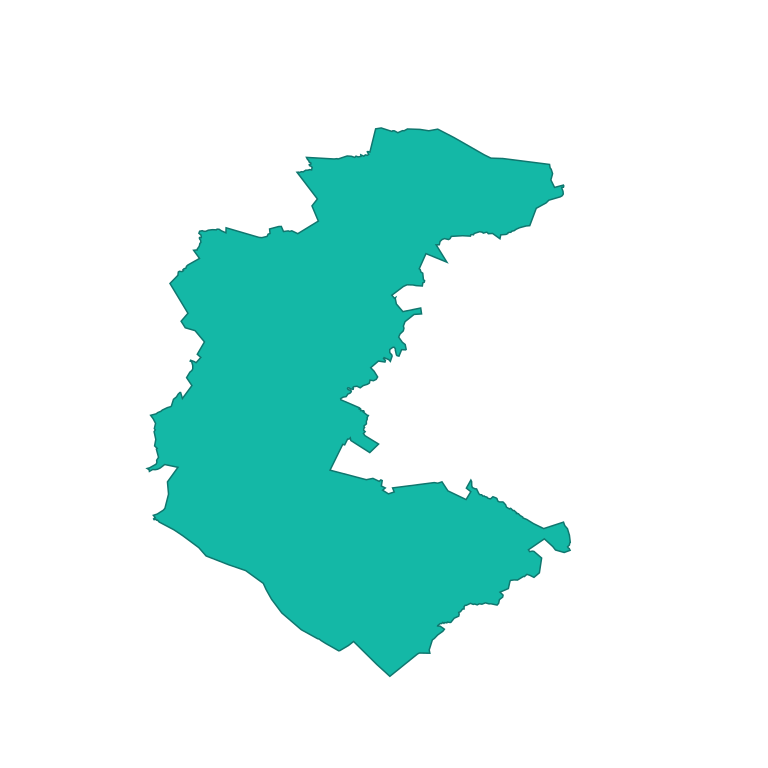 the district of Santa María del Río, San Luis Potosí, Mexico, rotated 293°
{"feature_id": "50627088B88756295240555", "entity_name": "Santa María del Río", "entity_type": "district", "adm_level": 2, "iso_a3": "MEX", "parent_name": "Mexico", "parent_adm1": "San Luis Potosí", "projection": "equal_earth", "projection_center": [-100.523, 21.735], "detail": "fine", "context": "isolated", "style": "filled", "palette": "teal", "viewbox_px": 768, "rotation_deg": 293, "n_neighbors": 0, "source": "geoboundaries", "source_scale": "gbopen_adm2", "svg_char_len": 6171}
<svg xmlns="http://www.w3.org/2000/svg" viewBox="0 0 768 768"><g transform="rotate(293 384 384)"><path d="M117.2,503.6L148.7,520.4L150.2,521.7L154.1,531.4L156.9,529.5L167.3,528.5L169.5,529.8L173.8,531.4L179.7,534.9L181.9,535.4L183.0,530.4L182.2,527.9L182.6,527.8L185.4,529.3L186.0,530.7L187.5,531.3L187.1,532.7L188.1,533.0L188.7,535.2L189.6,535.3L190.3,538.1L190.8,538.7L195.8,540.1L199.5,543.5L201.6,543.1L202.9,542.0L204.3,543.4L207.5,544.2L208.2,545.6L210.4,544.7L211.9,545.1L212.5,546.3L215.9,549.3L216.0,552.3L216.9,553.4L217.1,556.1L218.9,557.6L219.6,560.2L222.2,562.9L222.6,566.4L223.5,568.4L224.7,574.5L226.9,575.2L230.6,574.5L234.2,576.5L236.2,576.1L237.7,572.1L244.3,578.4L251.8,577.0L252.7,577.3L254.5,580.3L255.7,583.5L261.3,587.5L261.6,588.5L264.6,589.9L264.9,592.9L264.6,597.6L270.9,600.8L285.4,597.1L288.5,587.4L288.1,585.8L286.6,583.6L287.8,581.7L304.1,592.1L300.3,602.9L298.2,606.7L299.3,615.7L303.6,620.3L304.9,618.8L305.2,617.5L305.9,616.6L308.2,617.6L310.0,617.1L310.9,617.4L317.2,613.8L322.5,609.4L324.3,605.7L327.0,603.2L313.3,587.5L313.9,576.1L315.1,568.3L315.0,564.4L315.7,563.7L316.2,560.5L317.1,558.4L316.6,556.6L317.2,556.6L318.4,553.1L317.9,552.1L319.0,549.5L318.9,548.8L318.0,548.3L318.5,544.8L320.3,543.2L321.7,540.3L321.9,539.5L320.5,536.2L320.8,534.4L322.7,532.7L322.9,531.7L322.8,528.3L320.0,527.0L319.6,525.8L319.5,523.9L320.1,523.0L319.8,520.9L320.1,519.9L319.4,518.9L320.2,517.2L319.6,515.4L320.1,514.2L323.6,510.2L323.1,508.7L323.2,505.8L324.7,504.5L328.4,502.8L329.5,501.5L320.3,500.5L318.8,506.0L309.7,504.7L310.6,484.6L316.6,475.6L313.7,472.3L312.9,468.8L291.7,432.5L288.6,435.6L284.6,431.0L285.7,424.2L288.8,425.8L289.1,421.4L294.4,420.1L294.5,418.6L292.5,417.6L292.8,410.7L289.0,405.1L283.6,368.0L312.3,369.6L312.6,371.6L319.0,372.0L319.7,373.4L321.3,374.0L319.0,375.6L315.3,397.7L326.6,402.5L329.0,386.6L330.4,384.4L332.8,385.3L333.4,383.4L334.9,382.8L336.4,383.1L336.6,382.5L337.7,382.0L340.4,383.4L342.8,382.3L345.3,382.3L346.2,381.6L348.9,381.9L348.7,380.8L349.9,376.8L350.1,377.2L350.1,376.1L350.3,375.7L351.1,376.2L351.4,375.7L350.5,373.3L351.0,373.4L351.3,371.0L352.1,371.7L352.5,370.4L352.6,350.4L353.6,349.8L356.0,351.6L357.6,354.1L360.7,354.7L362.1,356.2L363.6,356.8L364.8,356.7L364.9,352.8L365.7,352.1L366.5,352.3L366.8,353.9L366.3,355.0L367.1,357.7L368.1,357.5L368.5,356.8L369.7,357.2L371.4,360.0L371.2,363.6L374.4,365.5L377.3,368.9L379.2,370.2L382.1,369.6L382.9,373.0L385.2,375.0L388.0,375.4L391.9,369.9L393.8,365.4L402.9,369.9L404.6,376.3L406.2,376.1L407.3,373.6L408.3,373.8L408.3,378.9L407.3,381.0L412.7,380.6L413.8,379.9L415.2,377.0L418.0,375.8L421.1,377.7L421.8,378.8L420.9,380.7L419.7,381.1L415.7,384.0L415.2,385.0L415.5,386.9L422.5,386.8L423.9,390.6L424.5,390.9L428.6,388.1L429.6,384.5L432.9,379.2L436.2,379.2L440.4,381.0L443.1,380.6L444.9,379.2L449.6,379.0L459.8,384.5L463.2,391.2L468.3,388.1L458.0,373.1L462.5,364.1L467.2,360.9L468.2,360.9L467.0,360.0L468.8,356.5L481.3,363.7L484.3,366.4L486.5,372.0L487.1,375.1L489.2,381.0L492.2,380.2L493.5,381.3L495.0,381.0L495.5,379.5L501.1,376.4L501.6,374.1L503.4,372.7L503.8,371.4L520.4,371.7L520.7,394.3L532.5,377.6L533.8,380.5L537.1,379.9L539.7,381.0L541.5,382.9L542.2,387.0L543.6,388.0L546.2,388.3L551.2,398.4L553.9,405.8L555.3,405.6L556.0,406.7L556.3,408.1L557.8,408.2L561.6,412.6L562.1,415.0L561.7,416.5L563.7,418.9L563.9,419.8L563.1,421.3L565.0,425.1L563.0,434.0L566.9,433.2L569.4,437.9L570.9,439.2L571.5,439.0L572.3,439.6L573.2,441.5L574.5,441.9L576.1,444.0L578.1,445.2L580.8,447.7L585.0,453.1L586.7,456.3L605.2,455.5L614.1,462.5L617.6,463.9L625.2,473.2L627.0,474.5L628.9,474.8L631.3,473.5L634.0,470.9L634.5,470.9L635.2,472.3L636.6,472.1L637.2,471.4L631.6,464.2L637.0,457.9L643.5,457.0L647.0,454.0L647.9,452.4L650.8,450.6L638.0,405.3L633.7,394.2L634.1,386.8L638.2,352.1L639.6,333.9L634.6,326.3L632.4,317.6L627.9,305.9L625.0,303.6L624.4,302.0L620.7,298.5L621.1,294.7L620.6,293.2L619.6,292.6L618.6,281.4L615.6,276.6L592.0,280.4L591.7,278.3L591.2,277.9L589.4,280.2L588.0,279.4L587.6,277.3L585.8,276.4L585.9,273.1L584.5,273.9L582.9,271.4L582.8,269.2L581.1,268.5L580.9,265.1L579.5,261.0L573.1,253.7L573.1,252.7L571.7,250.3L562.3,224.1L560.7,226.0L560.5,227.0L558.8,228.8L559.1,229.9L558.7,230.4L557.9,230.8L556.6,229.5L555.9,230.2L556.0,231.2L555.4,233.2L552.8,233.7L552.2,231.6L551.2,230.6L550.2,228.4L547.7,226.7L547.1,224.9L545.6,223.5L545.7,222.7L544.9,221.2L528.3,250.4L519.8,248.1L508.3,259.9L488.7,245.9L489.0,239.3L487.6,237.6L487.5,236.0L485.1,231.9L488.9,227.9L487.8,225.5L482.0,218.1L478.0,220.3L476.7,218.8L474.2,218.7L471.0,214.4L470.1,211.6L466.1,177.6L461.4,179.4L461.5,174.4L462.0,171.8L461.3,169.8L460.4,169.4L459.0,165.7L456.9,162.1L455.0,160.4L454.2,158.6L454.1,156.8L452.6,154.6L450.4,154.7L449.6,157.3L447.8,158.5L447.3,158.5L446.8,157.0L446.2,157.0L445.1,158.1L444.9,158.9L442.8,160.1L441.5,159.6L438.6,160.1L435.3,159.4L434.5,159.7L432.7,156.5L427.5,165.1L416.8,156.9L415.2,156.2L413.2,156.4L412.0,154.9L410.5,154.3L410.0,155.1L408.5,154.1L407.8,151.6L406.7,150.9L403.5,151.8L392.9,147.7L372.5,175.9L362.5,172.7L358.1,179.1L359.3,189.2L352.6,202.3L338.4,200.5L336.9,205.0L330.2,202.7L330.5,200.6L330.3,196.7L329.3,196.7L329.4,198.2L326.3,200.7L323.3,202.0L321.4,201.9L319.1,200.7L312.7,199.8L307.5,207.8L291.9,204.1L296.7,200.1L296.5,199.5L294.3,198.5L291.0,198.0L287.7,196.2L280.7,196.9L279.8,196.5L277.6,193.8L273.4,190.1L271.6,189.2L269.3,186.9L267.5,185.9L264.0,181.4L261.8,185.1L258.5,189.1L253.2,190.0L252.4,191.4L250.3,191.0L243.8,195.6L237.4,197.0L236.1,200.4L235.1,199.9L228.4,205.1L225.0,204.5L222.9,205.6L221.1,205.5L215.2,200.9L213.7,199.0L213.3,201.3L211.9,202.2L214.9,204.5L215.7,206.8L217.0,208.8L219.2,210.8L224.2,213.6L226.8,226.9L209.3,222.9L198.4,228.7L184.0,230.9L181.7,230.2L175.7,226.1L173.0,223.0L171.7,225.5L169.9,224.6L169.3,225.3L169.7,226.0L170.1,225.6L170.4,226.8L169.8,228.0L170.2,228.7L169.1,231.0L167.7,247.5L165.7,258.1L161.0,277.5L156.2,287.4L156.9,311.6L158.2,329.6L153.3,350.8L148.7,355.8L141.9,364.6L133.3,379.4L125.5,403.9L123.6,422.4L123.9,424.2L123.3,426.1L122.4,431.6L120.7,446.6L121.4,447.6L129.8,453.7L135.1,456.6L123.0,487.0L117.2,503.6Z" fill="#14b8a6" stroke="#0f766e" stroke-width="1.5"/></g></svg>